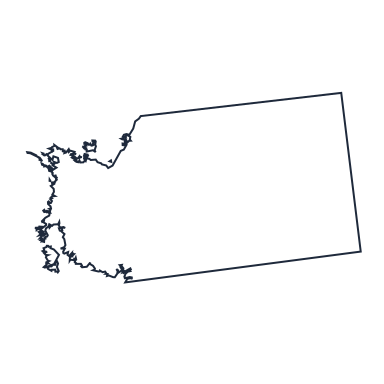 Northern Territory, Natural Earth projection, rotated 263°
{"feature_id": "AUS-2650", "entity_name": "Northern Territory", "entity_type": "Territory", "adm_level": 1, "iso_a3": "AUS", "parent_name": "Australia", "parent_adm1": "", "projection": "natural_earth1", "projection_center": [133.869, -18.484], "detail": "fine", "context": "isolated", "style": "outline", "palette": "slate", "viewbox_px": 384, "rotation_deg": 263, "n_neighbors": 0, "source": "natural_earth", "source_scale": "10m", "svg_char_len": 5789}
<svg xmlns="http://www.w3.org/2000/svg" viewBox="0 0 384 384"><g transform="rotate(263 192 192)"><path d="M110.4,114.7L113.7,117.2L114.0,120.1L113.2,122.3L114.4,121.2L114.3,122.6L115.2,119.8L114.5,114.1L115.2,115.2L116.3,114.6L119.0,116.1L120.8,118.7L121.0,121.2L122.4,120.5L122.7,121.8L123.7,121.5L121.5,116.3L122.2,114.0L124.6,114.6L127.4,112.9L128.2,113.4L128.2,111.4L124.9,113.7L124.2,113.7L124.8,112.5L123.5,113.1L122.5,112.3L121.0,109.3L123.4,109.0L124.7,107.6L122.5,108.5L120.1,107.9L116.8,105.0L117.1,103.3L119.3,99.3L119.0,97.4L120.9,98.2L121.3,96.2L121.8,97.0L123.6,96.1L123.3,93.5L125.1,91.2L124.5,91.1L124.5,89.4L126.4,84.3L126.9,85.9L127.8,86.3L130.8,84.8L133.0,81.9L134.4,82.4L130.6,78.5L130.7,73.7L131.7,72.9L132.5,73.8L134.2,73.0L134.8,68.0L135.6,68.2L136.5,67.1L137.7,67.6L137.6,66.4L139.0,68.8L141.0,68.6L138.5,67.1L139.6,66.6L138.9,66.1L139.6,63.0L138.8,62.3L142.6,63.0L142.7,66.2L143.1,65.2L144.7,67.3L144.9,66.4L146.0,67.1L144.2,64.6L146.0,65.2L144.4,63.3L143.3,63.3L143.3,62.3L144.8,60.8L147.5,61.7L146.4,57.8L147.0,56.9L148.4,56.8L151.2,58.8L151.9,54.7L152.8,58.4L154.7,59.9L160.8,59.5L162.9,58.3L165.8,60.3L169.3,57.1L169.8,58.6L171.7,58.3L172.4,60.2L171.8,61.8L172.9,60.1L172.7,57.0L175.0,55.7L177.1,56.6L178.5,56.6L176.3,55.2L176.6,50.5L175.5,49.1L177.4,46.4L175.3,45.5L173.7,42.6L171.5,41.7L166.7,43.6L165.5,42.8L165.5,41.4L163.8,40.9L164.3,39.9L160.5,39.1L160.9,38.1L161.8,38.4L161.4,36.8L162.3,37.2L162.6,36.1L163.6,37.8L164.4,37.3L164.4,35.2L166.3,37.3L166.8,36.9L166.7,39.5L167.3,38.9L167.9,41.1L168.4,41.2L168.1,39.9L169.0,39.9L168.1,38.9L167.6,35.1L169.9,38.2L169.8,35.9L171.0,35.1L171.6,38.5L172.8,37.0L173.4,37.4L177.0,43.3L178.1,43.3L179.9,41.0L181.0,41.4L180.5,39.7L181.3,39.5L184.3,43.3L186.0,47.4L187.7,48.0L189.3,47.1L188.9,48.6L190.4,47.9L190.3,48.8L191.7,49.3L192.6,48.4L192.7,50.9L193.1,49.7L194.9,49.9L197.6,47.7L199.6,47.8L200.1,48.6L198.4,49.6L198.3,50.6L200.1,51.9L202.2,50.4L202.8,52.2L203.7,51.2L204.7,52.6L204.7,55.4L206.4,53.1L209.0,55.0L212.0,55.1L215.2,52.6L216.9,56.4L218.8,56.8L220.7,59.3L222.1,58.9L223.4,60.1L222.5,58.6L225.8,58.7L223.5,57.8L225.3,56.1L227.0,55.5L227.8,56.1L229.2,55.1L230.1,55.8L232.4,54.1L230.0,55.0L229.7,54.3L230.3,52.8L232.9,52.5L235.4,50.4L235.4,48.5L236.5,49.0L235.9,50.5L232.5,53.8L236.1,53.1L231.2,57.2L232.7,60.4L235.4,57.0L236.0,57.6L238.6,55.1L236.4,58.3L237.2,59.4L238.7,58.7L237.3,61.4L238.0,63.4L242.2,63.1L244.3,58.8L240.8,57.4L247.9,51.4L246.2,53.4L247.3,53.6L249.7,59.3L251.2,59.4L251.3,58.5L250.0,58.1L251.5,57.2L253.6,58.5L254.5,61.1L255.5,61.1L251.6,65.2L252.3,63.4L251.1,63.8L251.5,65.9L250.4,66.8L250.2,68.9L248.7,68.9L248.7,71.4L247.8,69.6L247.3,70.8L246.2,70.2L246.5,71.8L249.6,74.9L248.2,75.3L247.7,74.2L246.6,74.5L247.9,76.2L246.2,80.2L245.6,79.6L243.4,81.5L244.6,79.8L244.3,76.4L243.6,76.0L243.2,78.5L242.1,77.8L242.0,79.2L240.5,80.6L240.3,77.6L238.5,79.9L238.5,81.6L237.7,79.6L236.8,81.1L236.5,80.4L236.0,81.0L235.4,82.8L237.0,84.1L234.9,84.7L234.7,87.8L236.2,89.4L235.5,90.2L237.0,90.8L238.2,88.9L239.0,89.1L237.4,94.2L236.1,95.4L235.9,100.4L233.1,101.9L231.5,105.4L230.4,105.9L228.8,110.1L226.0,111.7L227.9,116.4L241.5,126.3L242.4,129.5L247.0,132.9L248.2,132.7L250.5,135.9L250.4,137.5L251.7,136.7L254.2,137.5L255.4,136.0L262.1,141.4L269.0,144.2L271.2,148.2L273.6,150.4L272.2,352.2L112.3,352.2L110.4,114.7ZM156.3,41.3L156.1,42.6L155.1,43.0L155.1,45.2L153.5,44.7L151.8,47.9L145.8,52.3L137.3,46.3L134.9,36.8L135.5,35.7L137.6,38.8L138.9,38.6L138.6,40.9L140.2,39.5L140.9,41.7L141.4,40.6L145.0,39.0L146.5,39.9L146.9,41.3L147.4,39.2L149.3,37.8L150.5,41.0L150.2,37.7L151.5,36.5L152.0,38.4L154.3,37.8L155.1,40.8L156.3,41.3ZM255.3,99.4L254.8,102.2L253.9,102.6L250.8,101.7L249.1,102.2L245.3,100.4L243.4,101.2L245.5,98.8L245.0,92.4L246.9,92.7L247.2,91.7L248.4,92.3L249.0,91.5L248.0,89.6L248.8,90.3L250.6,88.8L249.8,90.8L250.7,91.2L250.8,92.9L252.3,93.1L252.9,91.0L254.0,91.1L254.4,92.1L253.1,94.5L251.5,95.1L251.4,96.2L252.3,96.9L250.3,97.8L250.3,99.0L250.9,100.3L251.9,99.5L253.5,100.7L254.2,99.4L255.3,99.4ZM136.4,47.4L139.6,48.4L139.7,49.6L137.3,50.3L134.1,48.8L129.8,50.1L128.6,49.0L129.5,48.5L129.6,46.7L131.6,46.8L131.9,43.2L130.9,42.9L133.2,39.7L134.5,39.2L135.5,41.7L135.3,43.5L136.7,45.1L136.4,47.4ZM173.6,35.9L174.0,34.3L173.2,33.1L174.8,33.2L175.6,31.8L175.3,35.7L176.3,36.2L175.6,39.8L173.6,35.9ZM257.1,131.4L257.5,134.0L256.9,135.6L255.2,132.7L254.4,132.9L255.5,130.2L257.1,131.4ZM251.6,33.3L250.7,36.8L247.4,41.9L246.4,42.0L250.2,36.2L250.8,33.5L251.6,33.3ZM242.8,90.0L241.8,93.0L241.1,93.1L240.8,91.2L240.4,92.9L239.7,92.4L239.6,90.4L240.5,90.8L241.1,89.2L242.8,90.0ZM243.5,45.3L246.4,42.3L244.5,45.1L240.9,47.1L242.5,44.6L243.5,45.3ZM248.6,129.0L248.1,131.1L246.5,130.9L247.0,128.9L248.6,129.0ZM176.0,46.2L176.4,47.2L175.4,47.8L174.0,46.3L176.0,46.2ZM242.0,54.2L243.4,53.5L242.5,54.6L240.0,55.0L240.0,54.1L242.0,54.2ZM249.6,131.7L250.4,132.5L249.5,134.1L248.6,132.8L249.6,131.7ZM252.0,131.2L252.6,132.1L251.6,131.9L251.8,132.9L250.7,133.4L250.7,131.4L252.0,131.2ZM240.2,86.9L239.3,82.7L241.3,84.8L240.4,85.1L240.2,86.9ZM119.5,113.3L121.0,115.1L121.1,116.8L119.5,113.3ZM189.5,45.6L191.8,45.3L189.5,46.5L189.5,45.6ZM236.8,47.5L237.3,46.5L238.6,46.3L237.8,47.5L236.8,47.5ZM253.7,130.1L252.8,131.1L252.7,129.3L253.5,128.2L253.7,130.1ZM191.6,42.1L192.3,43.2L190.1,44.0L190.1,42.9L191.6,42.1ZM232.5,114.0L233.2,115.4L231.8,115.5L232.5,114.0ZM216.7,54.5L218.1,55.2L217.7,56.2L216.7,54.5ZM170.9,55.8L172.2,55.5L172.1,56.6L170.9,55.8ZM248.7,48.3L248.2,49.4L247.1,49.3L247.3,49.0L248.7,48.3ZM121.6,113.8L121.5,114.7L121.0,113.4L121.6,113.8ZM218.6,54.1L218.5,54.9L217.7,54.2L218.6,54.1ZM221.6,52.2L220.5,52.7L220.2,52.5L220.4,52.0L221.6,52.2ZM246.4,51.4L246.3,49.8L246.7,49.4L246.4,51.4ZM252.5,55.3L252.7,56.5L252.1,56.0L252.5,55.3Z" fill="none" stroke="#1e293b" stroke-width="2"/></g></svg>